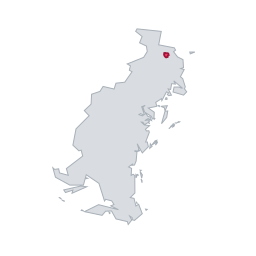 where Tula sits in Russia, rotated 164°
{"feature_id": "RUS-2368", "entity_name": "Tula", "entity_type": "Region", "adm_level": 1, "iso_a3": "RUS", "parent_name": "Russia", "parent_adm1": "", "projection": "albers", "projection_center": [37.489, 53.9], "detail": "fine", "context": "in_parent", "style": "filled", "palette": "rose", "viewbox_px": 256, "rotation_deg": 164, "n_neighbors": 0, "source": "natural_earth", "source_scale": "10m", "svg_char_len": 4745}
<svg xmlns="http://www.w3.org/2000/svg" viewBox="0 0 256 256"><g transform="rotate(164 128 128)"><path d="M211.3,100.7L211.2,110.5L209.9,108.4L205.9,107.9L206.2,103.7L198.5,99.0L198.4,106.0L179.3,113.5L179.1,119.6L181.5,119.6L185.7,126.7L178.2,141.5L162.0,150.5L165.2,156.8L156.9,161.1L153.7,170.5L144.9,170.9L140.5,174.8L130.6,169.3L127.2,174.4L118.5,172.9L108.6,181.0L110.8,183.2L108.5,187.1L111.1,189.8L93.5,191.6L88.4,196.2L87.7,201.7L93.4,206.7L89.2,212.1L94.0,218.8L92.0,220.8L69.4,211.7L75.6,199.5L61.4,192.3L60.8,189.7L63.2,188.8L60.8,182.7L56.3,178.6L58.0,170.8L60.9,170.6L57.9,168.7L63.5,162.8L61.8,160.4L61.6,151.9L62.9,150.0L61.6,146.6L65.5,144.3L74.8,150.2L72.4,154.7L67.6,153.3L66.0,151.8L64.8,151.5L71.0,160.7L70.3,157.1L73.8,158.6L76.4,153.3L78.6,154.5L77.2,147.6L79.9,147.8L81.0,149.3L79.2,150.7L81.1,152.1L87.9,145.0L87.7,147.0L94.3,145.0L94.3,140.9L103.0,141.6L98.4,135.9L100.5,129.9L101.8,129.8L102.5,132.9L107.7,138.8L107.9,144.0L105.3,145.0L109.0,144.7L108.6,137.1L109.6,136.2L111.9,138.4L113.8,137.8L110.8,135.7L106.9,137.1L105.7,133.7L103.6,132.4L103.3,128.7L106.0,131.5L108.5,130.9L109.1,130.5L105.4,130.0L106.7,127.8L111.2,126.7L112.1,129.5L113.6,130.0L111.5,126.5L106.6,124.3L111.6,122.0L111.1,120.1L108.7,119.6L108.7,118.0L114.9,109.7L113.3,109.2L113.6,104.4L121.1,100.1L123.5,110.3L123.4,104.9L124.9,102.9L127.2,104.1L127.7,104.2L127.9,103.9L126.0,102.5L129.3,94.0L132.0,90.6L134.5,91.1L133.3,92.3L138.2,90.4L135.7,88.2L138.0,81.6L135.8,82.1L134.6,80.4L139.3,63.6L145.0,60.5L141.6,58.7L141.9,50.8L138.8,51.8L137.9,41.7L147.2,37.4L149.1,38.5L148.7,40.8L150.7,43.0L149.8,38.5L154.4,35.2L154.4,38.2L164.6,43.9L166.7,52.8L172.4,54.2L177.0,51.2L192.9,59.6L177.4,62.4L159.7,52.1L166.0,57.9L162.6,58.3L163.7,62.4L169.1,65.6L170.7,64.3L171.2,82.8L181.0,94.6L186.6,85.4L199.6,89.1L211.3,100.7ZM94.6,122.9L87.8,133.9L85.1,133.4L87.9,127.5L94.6,122.9ZM183.8,82.9L199.8,80.7L198.1,83.5L205.9,83.2L206.8,86.2L189.5,85.2L183.8,82.9ZM84.1,138.6L87.7,134.2L87.5,137.4L90.5,139.8L84.1,138.6ZM128.4,82.9L127.1,79.0L128.7,76.0L128.4,82.9ZM105.8,106.2L109.8,105.1L105.7,108.0L105.8,106.2ZM103.8,105.8L106.3,104.0L103.8,107.5L103.8,105.8ZM109.9,103.7L112.7,102.5L110.9,106.7L109.9,103.7ZM129.5,75.4L129.0,73.5L129.6,71.5L129.5,75.4ZM42.8,182.6L47.7,182.1L47.7,184.0L42.8,182.6ZM78.7,119.7L80.4,119.1L77.2,120.4L78.7,119.7ZM132.3,79.9L134.0,77.9L133.2,81.2L132.3,79.9ZM84.2,145.3L83.0,146.7L82.2,146.0L82.7,144.7L84.2,145.3ZM81.8,118.5L83.3,117.8L84.1,118.0L81.8,118.5ZM86.9,117.0L86.5,117.9L85.3,118.0L85.4,117.5L86.9,117.0ZM88.4,116.5L87.1,116.9L88.9,116.0L88.4,116.5ZM92.0,140.0L93.2,141.6L91.6,140.7L92.0,140.0ZM105.5,107.0L105.0,108.1L104.1,108.2L105.5,107.0ZM82.5,117.4L84.4,116.7L83.8,117.4L82.5,117.4ZM133.3,43.9L133.5,45.2L132.0,44.5L133.3,43.9ZM77.1,119.5L78.4,119.5L75.9,119.9L77.1,119.5ZM100.3,129.3L99.1,130.1L100.3,129.2L100.3,129.3ZM123.1,102.9L124.4,102.9L123.3,103.6L123.1,102.9ZM139.7,52.7L140.5,53.6L140.2,54.2L139.7,52.7ZM84.8,118.7L83.9,118.7L85.4,118.4L84.8,118.7ZM84.2,117.3L84.9,117.6L83.7,117.6L84.2,117.3ZM208.9,75.0L210.0,75.5L211.5,77.1L208.9,75.0ZM83.3,119.1L84.1,119.4L83.2,119.5L83.3,119.1ZM106.5,127.7L105.8,128.7L105.5,128.7L106.5,127.7ZM169.5,50.9L169.4,52.2L168.6,51.2L169.5,50.9ZM131.3,79.9L132.1,80.5L131.4,80.7L131.3,79.9ZM180.6,90.8L182.1,90.8L181.7,91.5L180.6,90.8ZM193.5,60.6L195.7,61.6L195.1,62.1L193.5,60.6ZM81.9,119.5L81.2,119.9L80.9,119.8L81.9,119.5ZM106.2,126.0L106.5,126.8L106.2,126.8L106.2,126.0ZM127.7,83.4L128.0,84.1L127.0,83.7L127.7,83.4ZM212.8,80.0L211.4,77.7L213.2,80.0L212.8,80.0Z" fill="#d9dde1" stroke="#a8b0b8" stroke-width="1"/><path d="M73.3,188.6L73.2,188.7L73.0,188.8L73.0,189.0L72.9,189.2L72.6,189.3L72.8,189.5L72.8,189.8L72.8,190.0L72.7,190.1L72.5,190.3L72.4,190.3L72.3,190.2L72.2,190.1L71.9,190.0L71.7,190.0L71.5,189.9L71.4,189.9L71.2,189.9L71.1,189.7L71.1,189.4L70.9,189.4L70.7,189.4L70.6,189.5L70.4,189.4L70.2,189.4L69.9,189.4L69.7,189.2L69.4,189.1L69.2,189.0L69.2,188.9L69.1,188.7L68.8,188.6L68.7,188.6L68.6,188.4L68.7,188.2L68.6,187.9L68.6,187.7L68.8,187.5L68.8,187.4L69.0,187.3L69.0,187.2L68.9,187.2L68.7,187.1L68.8,187.1L68.7,186.9L68.8,186.9L68.9,187.0L69.0,186.9L69.3,186.9L69.4,186.7L69.5,186.6L69.8,186.6L70.0,186.6L70.1,186.4L70.1,186.2L69.9,185.9L70.0,185.7L70.1,185.8L70.3,185.9L70.3,186.0L70.4,185.9L70.6,185.6L70.6,185.4L70.6,185.2L70.9,185.2L71.0,185.2L71.0,185.3L71.3,185.5L71.4,185.4L71.5,185.3L71.4,185.2L71.5,185.2L71.8,185.2L71.8,185.3L71.9,185.5L72.0,185.5L72.4,185.7L72.5,185.7L72.6,185.8L72.5,186.0L72.4,186.0L72.5,186.1L72.6,186.3L72.7,186.6L72.8,186.7L72.9,186.8L72.9,187.0L73.0,186.9L73.1,187.0L73.0,187.3L73.1,187.5L73.1,187.8L73.2,188.0L73.3,188.1L73.3,188.3L73.3,188.5L73.3,188.6Z" fill="#f43f5e" stroke="#9f1239" stroke-width="1.5"/></g></svg>